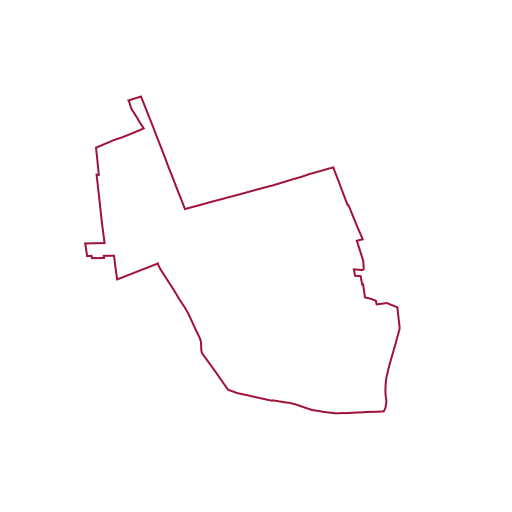 Dumbravita, Timis, Romania, rotated 224°
{"feature_id": "2599482B50242835531665", "entity_name": "Dumbravita", "entity_type": "district", "adm_level": 2, "iso_a3": "ROU", "parent_name": "Romania", "parent_adm1": "Timis", "projection": "natural_earth1", "projection_center": [21.239, 45.803], "detail": "fine", "context": "isolated", "style": "outline", "palette": "rose", "viewbox_px": 512, "rotation_deg": 224, "n_neighbors": 0, "source": "geoboundaries", "source_scale": "gbopen_adm2", "svg_char_len": 3375}
<svg xmlns="http://www.w3.org/2000/svg" viewBox="0 0 512 512"><g transform="rotate(224 256 256)"><path d="M427.2,203.8L414.1,193.0L389.6,172.6L373.9,160.1L387.6,146.4L385.1,144.5L377.4,138.6L374.4,141.8L372.6,140.5L363.9,149.0L365.6,150.4L358.3,157.6L349.5,150.4L339.6,142.7L336.9,148.5L333.0,157.1L326.9,170.4L321.4,182.4L321.2,182.2L318.2,180.9L315.2,180.0L290.9,174.3L281.4,171.7L271.4,169.5L265.2,167.7L257.1,164.6L247.9,161.0L242.5,159.0L241.3,158.7L239.4,157.9L237.3,156.8L235.6,155.7L229.8,150.2L228.6,149.3L227.9,148.9L226.9,148.5L214.8,146.4L201.6,144.0L197.5,143.1L183.4,140.4L181.8,141.0L179.1,142.2L178.2,142.7L177.1,143.1L176.1,143.6L175.2,143.9L174.0,144.5L172.1,145.7L170.0,147.0L164.7,150.3L158.1,154.2L156.1,155.5L150.9,158.7L145.7,161.9L143.9,163.1L143.8,163.7L139.1,167.0L133.6,170.8L129.6,173.8L128.9,174.2L126.3,175.7L124.2,176.9L122.3,177.8L119.7,179.0L116.4,180.5L114.6,181.3L112.8,182.2L111.0,183.1L109.8,183.7L108.9,184.0L105.7,186.3L102.7,188.4L101.5,189.2L99.5,190.5L97.2,192.2L94.9,194.0L93.0,195.4L91.6,196.6L90.3,197.5L89.1,198.4L85.0,202.8L81.6,206.0L75.4,212.8L71.9,216.3L67.9,220.8L66.5,222.2L60.4,228.4L57.7,231.3L56.4,232.6L56.2,233.0L56.6,234.3L57.0,235.5L57.2,236.2L57.4,236.7L58.7,238.5L59.6,239.8L60.9,241.7L61.3,242.1L63.7,244.1L65.6,245.5L68.1,247.8L69.0,248.7L69.8,249.5L71.9,251.8L73.9,254.1L76.5,257.5L78.3,260.0L80.9,264.4L82.2,266.6L84.2,270.1L86.7,274.8L89.0,279.1L91.2,283.3L91.7,284.2L94.5,289.6L96.9,293.8L100.3,300.1L101.3,302.0L102.2,303.4L102.6,303.8L103.0,304.2L103.8,305.0L107.6,308.1L112.1,311.8L118.2,316.9L118.7,317.3L123.1,315.5L128.6,313.3L129.1,313.1L129.9,312.2L132.3,309.1L135.6,305.0L138.6,307.0L139.6,306.7L141.7,305.8L143.2,305.1L144.0,304.8L145.9,303.7L146.6,303.2L147.3,302.8L147.8,302.4L148.9,302.0L154.9,306.6L159.2,309.9L159.9,309.3L166.7,314.2L169.0,312.3L170.1,311.4L171.1,310.6L174.1,312.8L176.3,314.4L172.5,317.5L169.6,319.9L169.5,320.3L169.4,320.8L169.4,321.1L169.9,321.8L170.2,322.2L171.4,323.3L175.0,326.5L175.9,327.4L176.3,327.4L177.4,328.0L180.8,329.9L183.4,331.3L194.1,337.0L192.4,339.7L190.8,342.1L193.6,343.3L204.9,348.0L207.3,349.1L212.4,351.3L217.3,353.5L222.2,355.7L224.6,356.7L225.6,356.3L232.2,359.4L236.4,361.4L242.0,364.0L242.8,364.4L247.5,366.7L255.6,370.4L262.0,373.4L262.9,371.6L263.9,370.2L264.9,368.6L266.8,365.1L267.4,364.0L268.3,362.6L269.7,360.2L272.3,355.8L274.8,351.5L277.0,347.0L279.4,342.6L283.1,336.2L284.2,334.3L286.7,329.7L288.2,327.1L289.1,325.4L292.7,318.9L293.2,318.0L293.9,317.0L294.6,316.0L296.6,312.6L298.8,308.9L303.9,300.4L306.8,295.4L308.9,291.9L311.1,288.1L312.9,285.2L314.3,282.8L316.9,278.6L319.4,274.4L321.2,271.4L324.7,265.7L328.2,259.8L329.3,257.8L330.0,256.7L333.8,250.2L334.9,248.5L339.7,240.4L343.6,242.2L345.9,243.3L354.1,247.0L361.4,250.3L363.9,251.5L372.8,255.6L380.8,259.2L384.0,260.7L387.8,262.6L392.1,264.6L399.6,268.1L409.1,272.4L416.8,276.0L424.0,279.3L428.2,281.2L433.8,283.7L437.2,285.3L441.2,287.1L447.7,290.0L449.5,290.8L455.1,280.6L455.8,279.3L454.8,279.1L450.9,276.9L448.6,275.7L447.1,275.1L445.0,274.6L443.5,274.3L439.6,273.3L437.6,272.9L432.7,271.4L432.3,271.3L425.4,269.8L430.2,258.5L431.3,255.9L432.8,252.6L434.6,248.6L437.6,242.9L438.6,241.0L439.4,239.2L440.8,235.7L442.6,231.7L443.3,229.9L446.4,222.8L440.6,218.0L431.7,210.5L427.7,207.1L425.4,205.1L425.5,204.9L427.2,203.8Z" fill="none" stroke="#9f1239" stroke-width="2"/></g></svg>